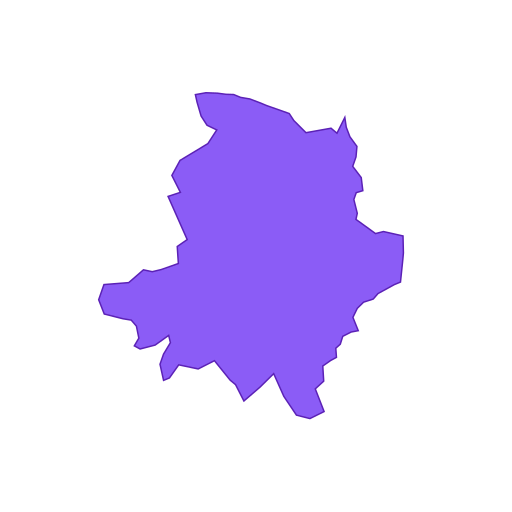 the district of Santo Expedito do Sul, Rio Grande do Sul, Brazil, rotated 322°
{"feature_id": "56859067B67649828146621", "entity_name": "Santo Expedito do Sul", "entity_type": "district", "adm_level": 2, "iso_a3": "BRA", "parent_name": "Brazil", "parent_adm1": "Rio Grande do Sul", "projection": "mercator", "projection_center": [-51.663, -27.922], "detail": "fine", "context": "isolated", "style": "filled", "palette": "violet", "viewbox_px": 512, "rotation_deg": 322, "n_neighbors": 0, "source": "geoboundaries", "source_scale": "gbopen_adm2", "svg_char_len": 1284}
<svg xmlns="http://www.w3.org/2000/svg" viewBox="0 0 512 512"><g transform="rotate(322 256 256)"><path d="M118.6,184.9L105.1,193.6L100.7,208.3L112.5,223.5L118.2,229.7L118.6,237.6L113.1,248.6L104.8,251.9L107.4,257.9L121.7,264.1L138.3,264.8L135.2,271.6L122.7,276.4L113.7,282.2L106.6,297.1L112.7,298.8L128.1,294.2L140.9,309.4L158.8,312.9L159.2,337.9L160.7,344.8L157.2,362.8L178.4,361.8L197.5,359.6L191.5,383.8L189.9,406.3L198.4,417.3L213.9,420.5L220.9,397.2L232.3,396.3L240.9,383.8L250.5,384.3L257.0,385.4L262.1,377.8L268.1,377.4L274.9,372.7L284.2,374.5L290.6,377.8L294.6,364.0L303.6,359.6L312.3,358.6L321.9,362.1L329.0,360.7L347.4,363.7L353.8,365.5L369.5,349.2L374.0,344.4L384.2,330.7L371.5,315.2L364.0,311.9L357.3,288.7L362.1,284.7L367.9,271.7L374.0,267.8L380.4,270.3L387.2,259.0L387.4,244.9L395.8,239.5L403.0,231.8L403.4,219.9L406.4,210.1L411.3,201.5L395.4,209.1L393.8,201.5L371.3,189.6L369.2,172.6L369.9,164.2L357.0,144.0L353.8,138.3L347.8,128.4L341.5,121.5L337.8,115.0L331.9,110.1L325.8,103.9L317.0,96.5L307.6,91.5L304.3,98.4L298.9,111.9L297.9,122.8L302.7,132.5L287.3,137.8L255.0,133.9L239.3,140.7L235.6,159.3L223.4,154.9L211.9,200.7L199.8,200.0L190.2,214.1L172.9,208.3L164.6,204.5L158.8,197.6L139.3,198.6L118.6,184.9Z" fill="#8b5cf6" stroke="#5b21b6" stroke-width="1.5"/></g></svg>